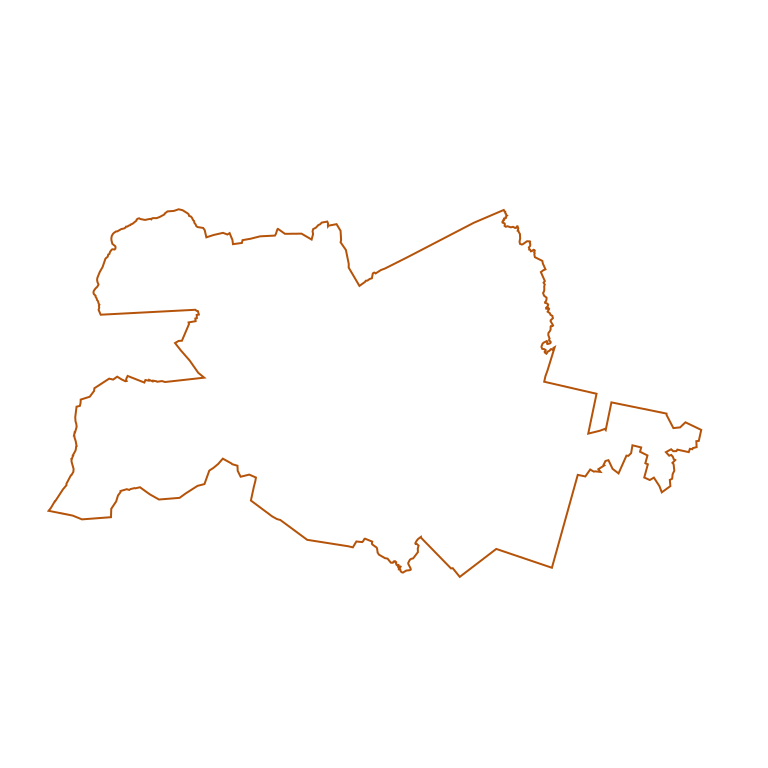 the district of Jaunalūksnes pag., Aluksne, Latvia, rotated 6°
{"feature_id": "27541924B87199859913454", "entity_name": "Jaunalūksnes pag.", "entity_type": "district", "adm_level": 2, "iso_a3": "LVA", "parent_name": "Latvia", "parent_adm1": "Aluksne", "projection": "mercator", "projection_center": [27.197, 57.424], "detail": "fine", "context": "isolated", "style": "outline", "palette": "amber", "viewbox_px": 768, "rotation_deg": 6, "n_neighbors": 0, "source": "geoboundaries", "source_scale": "gbopen_adm2", "svg_char_len": 6089}
<svg xmlns="http://www.w3.org/2000/svg" viewBox="0 0 768 768"><g transform="rotate(6 384 384)"><path d="M704.3,396.5L687.8,390.6L683.0,396.2L676.4,397.6L668.4,385.5L668.1,383.9L612.1,378.5L609.3,406.6L608.2,405.6L603.6,407.9L592.3,412.0L596.4,371.5L543.1,365.0L543.7,359.5L545.2,353.4L549.9,329.6L548.7,330.5L548.6,332.7L546.6,331.8L546.1,332.1L545.2,333.6L543.3,334.7L543.1,335.7L542.3,336.9L540.6,335.8L540.4,335.2L541.3,334.0L541.2,333.3L539.7,332.6L537.7,332.5L536.8,330.9L536.7,330.1L537.5,327.3L538.3,326.3L541.4,324.3L542.0,324.7L542.0,326.9L542.7,327.1L544.9,326.2L545.4,325.6L545.4,324.8L543.5,323.0L543.9,321.4L542.3,318.3L542.2,316.0L543.4,314.1L544.0,312.5L543.7,309.6L543.9,309.0L545.5,308.8L546.0,308.0L543.1,304.1L543.1,303.2L545.1,300.9L544.3,298.6L542.4,297.8L541.5,296.2L539.2,295.0L540.4,292.0L539.6,291.3L538.7,292.1L537.5,292.2L537.2,291.4L538.7,289.4L539.0,288.0L538.1,287.0L535.7,286.4L535.6,285.8L536.5,284.5L536.8,282.6L536.6,281.1L533.9,279.4L532.7,276.9L533.5,275.0L533.5,272.5L533.1,270.3L533.5,268.3L532.1,266.6L533.2,264.8L528.3,256.3L530.7,254.1L532.6,253.1L529.4,247.6L528.6,245.0L520.8,242.1L520.0,239.6L520.2,238.1L519.6,237.6L520.0,235.5L519.6,235.1L518.7,234.9L517.1,236.4L516.2,236.7L515.4,235.3L514.3,235.1L514.3,233.9L513.8,233.1L514.9,231.3L514.9,229.6L514.3,228.6L514.5,227.3L514.2,226.9L511.3,227.1L507.5,230.4L506.4,230.9L504.6,230.4L503.9,228.2L504.2,225.0L503.5,220.6L502.0,218.6L501.8,217.8L500.9,217.6L501.3,215.2L500.3,213.2L499.8,213.3L498.9,215.0L498.1,215.1L495.9,214.2L493.8,214.9L490.1,214.2L488.7,214.9L487.4,214.2L487.5,212.3L487.0,211.6L485.0,211.1L484.8,210.4L485.9,208.9L485.5,208.6L486.4,207.8L486.1,206.9L487.7,206.2L487.6,205.6L488.0,205.5L488.2,204.1L488.7,203.6L487.8,203.1L487.6,202.2L487.0,201.8L486.6,200.0L486.0,200.1L484.9,198.4L456.4,214.3L394.0,255.5L372.8,269.1L369.0,271.0L364.1,274.9L362.9,274.2L362.1,274.5L361.3,275.3L360.9,280.1L358.7,281.1L356.7,282.9L355.1,283.2L354.4,284.5L349.3,289.0L336.7,271.9L336.4,268.3L332.1,254.7L326.0,247.6L326.3,245.4L324.8,236.2L320.1,230.0L312.1,232.4L311.8,233.0L311.6,232.2L311.6,230.3L310.6,228.4L305.2,230.0L303.7,231.9L302.1,232.8L299.9,235.7L297.4,237.3L297.0,239.5L297.8,242.4L296.9,247.9L286.3,243.1L269.8,245.0L262.3,240.8L261.8,241.3L260.8,246.0L260.0,247.8L245.3,250.1L236.1,253.5L228.3,255.7L227.9,258.6L219.2,260.7L218.2,256.6L214.7,250.1L212.6,251.7L208.1,250.5L199.0,253.6L192.0,256.7L189.6,249.7L187.8,247.7L182.2,247.4L180.7,246.5L180.0,245.0L178.6,243.6L178.1,241.8L177.2,241.2L175.5,238.6L174.4,237.6L172.6,237.2L172.0,235.7L171.0,234.9L165.5,232.2L161.5,231.7L157.0,233.8L150.6,235.0L148.1,237.4L147.9,238.3L143.5,241.3L140.6,242.8L136.8,243.2L135.7,243.8L135.4,244.6L134.2,244.2L129.2,245.8L124.6,245.4L123.2,244.8L121.9,245.3L120.9,246.2L120.7,247.4L117.2,250.9L115.3,251.9L115.2,252.4L113.2,253.4L112.5,254.2L110.9,254.5L110.6,255.4L109.4,256.4L106.5,257.4L102.8,260.1L101.7,260.2L99.6,261.9L98.6,263.3L97.8,265.2L97.6,267.4L97.9,269.5L99.2,273.0L102.3,275.0L102.7,275.8L102.7,277.4L102.0,278.4L99.8,278.4L99.1,278.9L97.7,281.3L97.3,283.4L96.2,284.1L95.9,286.3L93.9,288.4L91.9,297.1L89.6,302.3L87.8,308.6L87.8,310.6L88.4,312.6L89.7,315.0L88.6,317.4L87.1,319.1L85.6,321.8L85.5,323.4L86.0,324.9L87.9,326.3L88.0,327.3L89.3,328.9L89.7,330.3L90.9,331.5L91.9,334.1L92.7,334.9L92.3,336.0L92.8,337.9L92.4,340.1L95.0,344.7L188.6,329.9L189.9,330.8L191.3,331.0L192.6,334.3L190.5,334.9L191.0,338.1L189.5,338.6L190.1,341.2L183.2,343.2L183.8,344.8L178.5,362.1L175.3,362.6L171.9,365.1L178.5,371.9L188.3,381.0L198.0,392.2L204.5,396.5L166.1,404.9L162.8,404.3L158.2,405.5L157.6,405.1L153.9,404.8L153.7,405.6L149.9,404.4L149.8,405.3L146.3,405.0L145.5,407.6L128.2,402.8L127.1,405.9L127.2,407.2L127.7,407.9L126.5,408.3L122.4,406.8L117.9,404.6L114.2,407.9L110.1,407.4L96.4,418.5L96.4,421.2L92.7,427.4L84.0,431.2L84.2,434.7L83.8,437.6L80.6,438.7L80.4,449.3L81.1,453.3L82.2,456.0L82.8,458.7L81.8,464.4L81.4,464.3L81.1,467.3L81.3,467.2L81.9,469.8L83.3,472.9L84.8,477.9L84.4,478.1L84.3,481.5L84.1,482.6L82.0,487.5L82.4,487.7L81.8,489.3L81.4,491.3L81.0,491.3L81.4,493.9L84.2,501.0L84.2,504.0L82.6,507.4L82.1,507.6L78.6,516.4L78.8,517.8L75.8,522.2L69.2,535.1L68.9,535.0L65.8,541.8L63.7,545.2L88.1,547.4L97.8,550.2L126.4,545.0L125.8,536.6L129.9,528.8L131.1,522.7L133.2,519.2L133.1,518.0L139.2,515.5L141.7,516.0L142.9,515.0L146.8,513.6L147.5,513.8L152.1,512.2L162.6,518.2L172.3,522.4L192.6,518.6L198.4,513.4L209.2,504.8L215.9,502.3L219.3,488.4L223.3,485.1L227.4,480.9L231.5,475.1L240.7,479.0L241.3,479.6L246.8,480.6L247.6,485.7L251.1,491.2L259.5,488.2L266.4,490.4L266.2,493.8L265.3,500.0L263.8,513.8L286.7,527.4L291.6,529.5L295.1,530.1L323.9,547.0L365.2,549.1L370.1,549.7L373.0,543.5L378.8,543.5L379.6,542.7L380.8,540.0L381.3,539.8L388.8,542.0L388.6,543.6L389.0,544.7L393.7,547.4L394.3,548.3L395.3,552.4L396.9,554.3L403.2,557.1L405.8,557.3L409.5,561.0L411.5,560.8L412.1,559.6L412.7,559.8L413.2,559.1L413.6,559.1L414.8,560.0L414.6,560.9L415.3,562.5L416.4,563.2L416.8,562.4L417.1,562.4L416.9,563.6L417.1,564.2L418.5,563.6L419.6,563.9L419.3,564.7L417.8,564.7L418.1,566.8L419.6,566.8L419.9,568.1L421.1,569.3L422.5,569.6L425.7,567.2L429.0,566.5L430.0,565.8L429.7,564.6L426.9,560.3L426.8,559.4L428.1,556.1L429.4,555.0L431.2,554.4L435.3,547.7L434.8,544.0L435.3,541.1L433.4,539.7L432.2,539.8L431.8,539.0L433.0,536.2L434.2,534.5L436.7,532.2L436.9,533.0L469.9,560.4L471.6,560.0L479.5,567.9L512.9,536.3L570.2,549.2L586.2,454.1L593.9,454.9L598.0,447.5L601.8,449.2L603.2,448.8L608.5,448.8L606.1,446.3L611.6,441.9L610.8,441.5L612.3,437.4L615.2,436.3L620.2,444.5L626.6,448.4L632.6,429.9L634.6,429.9L637.0,426.9L637.5,419.0L646.4,420.2L645.7,424.6L653.5,427.5L652.2,435.5L654.8,436.3L652.6,449.8L658.4,451.7L662.2,448.9L668.6,456.8L671.6,462.7L679.5,455.6L678.3,449.5L680.5,448.1L680.5,443.3L681.8,439.9L680.4,433.5L679.1,432.3L681.6,429.2L680.0,428.5L678.9,426.2L677.1,424.5L675.1,425.5L671.5,422.3L676.4,418.9L678.7,420.6L681.8,420.2L682.6,418.6L694.2,419.9L695.0,416.5L697.5,416.6L697.8,415.5L701.5,414.1L700.6,408.2L703.0,407.7L704.3,396.5Z" fill="none" stroke="#b45309" stroke-width="2"/></g></svg>